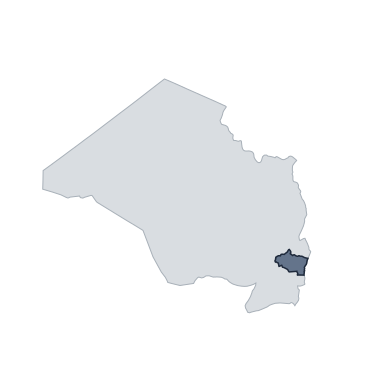 Chad, with Mandoul highlighted, rotated 296°
{"feature_id": "TCD-1488", "entity_name": "Mandoul", "entity_type": "Prefecture", "adm_level": 1, "iso_a3": "TCD", "parent_name": "Chad", "parent_adm1": "", "projection": "orthographic", "projection_center": [17.512, 8.727], "detail": "fine", "context": "in_parent", "style": "filled", "palette": "slate", "viewbox_px": 384, "rotation_deg": 296, "n_neighbors": 0, "source": "natural_earth", "source_scale": "10m", "svg_char_len": 5487}
<svg xmlns="http://www.w3.org/2000/svg" viewBox="0 0 384 384"><g transform="rotate(296 192 192)"><path d="M281.5,117.7L281.9,125.6L282.2,133.6L282.4,141.5L282.7,149.5L283.0,157.5L283.3,165.5L283.6,173.5L283.8,181.5L283.9,184.2L283.7,185.2L283.6,185.4L283.3,185.5L279.2,184.9L277.3,184.9L274.8,185.5L271.1,185.9L268.7,185.8L267.1,187.2L265.8,188.9L266.5,192.9L266.4,194.2L266.0,195.6L264.9,196.8L263.7,197.7L263.1,198.5L262.3,200.4L261.7,201.2L261.8,202.3L261.6,203.5L260.9,204.2L259.2,204.7L258.1,205.2L257.2,206.1L256.6,206.7L256.9,207.5L257.4,208.7L257.7,210.4L257.9,211.5L258.8,212.3L259.3,212.9L259.5,213.7L259.0,214.3L256.9,215.6L256.1,216.1L255.1,216.8L254.7,217.0L253.2,218.3L252.4,219.4L252.1,220.3L252.1,221.6L252.9,223.4L253.8,225.0L254.2,226.2L254.4,227.5L254.4,228.8L253.9,229.9L253.2,230.8L250.3,232.7L248.8,234.8L247.7,237.2L247.5,238.6L247.8,239.5L248.4,240.2L249.3,240.6L250.6,240.7L252.7,240.3L254.7,240.0L256.8,240.8L257.9,242.9L257.5,244.4L258.4,247.1L259.1,250.4L259.1,251.5L259.4,251.9L260.7,252.1L261.0,252.9L260.7,258.7L261.3,260.3L262.3,261.4L263.3,262.0L264.3,262.8L264.8,263.3L266.0,263.4L267.3,264.5L267.7,265.9L267.6,267.2L266.9,270.2L266.3,272.2L265.6,272.1L264.0,271.6L262.1,271.2L259.8,270.9L257.6,271.7L255.3,272.8L254.5,273.6L253.9,274.0L252.8,274.0L251.9,274.1L251.4,274.9L250.5,275.7L247.1,277.4L246.4,278.1L246.0,278.7L246.0,279.3L246.3,280.7L246.4,282.4L245.6,283.8L244.7,284.8L243.7,285.2L242.9,285.4L242.3,285.9L240.6,289.1L239.8,289.7L238.2,289.6L233.7,294.4L233.3,295.8L231.7,297.8L229.6,300.0L227.7,301.1L227.6,301.5L227.1,301.9L225.9,302.4L221.9,305.1L217.1,305.0L215.0,306.1L212.9,306.6L209.9,307.1L209.0,307.1L205.1,307.3L200.6,307.3L198.8,307.6L197.2,308.7L196.0,309.6L195.8,309.9L196.0,310.2L195.9,310.5L199.1,312.7L199.9,313.8L199.1,314.8L198.7,315.0L198.2,315.9L196.3,318.3L193.5,321.3L192.0,322.1L191.4,322.7L190.7,324.6L190.2,324.9L188.3,325.1L184.4,325.3L179.0,326.0L175.8,326.2L173.8,326.0L171.0,327.4L170.0,327.7L169.4,327.8L166.6,329.1L164.3,331.1L163.4,331.5L160.2,332.4L158.9,333.7L158.3,333.8L156.2,332.0L154.8,330.4L154.1,328.7L154.0,328.1L153.6,328.2L152.5,329.0L151.5,329.8L151.0,331.4L147.6,332.5L144.7,333.4L143.4,334.6L141.4,335.2L138.8,334.9L136.8,334.4L134.9,334.3L135.8,332.8L136.2,331.7L136.3,330.4L136.1,329.5L135.0,329.0L134.2,328.3L132.6,324.1L130.9,319.8L128.4,315.5L125.8,312.8L123.9,311.1L123.3,310.9L122.3,310.3L121.6,309.9L118.1,306.9L114.5,303.7L113.6,302.2L111.8,300.0L109.8,297.7L108.7,296.7L108.3,294.8L109.7,293.1L111.2,291.0L113.1,289.6L115.4,289.5L119.4,290.2L123.6,290.4L127.8,290.0L128.9,289.7L130.0,289.7L132.2,290.2L136.2,290.1L138.2,289.3L136.0,287.8L133.7,285.5L131.5,282.9L130.2,280.6L129.0,277.6L127.9,274.0L127.2,269.2L127.4,266.5L127.7,264.6L128.9,261.5L128.2,259.6L128.4,258.2L128.3,256.0L127.9,254.8L126.4,251.2L126.1,250.8L124.8,248.3L124.2,244.1L122.7,241.3L120.3,239.9L119.0,238.3L118.5,235.4L117.5,234.6L113.7,233.6L110.5,233.5L108.3,230.3L105.4,226.1L102.7,222.2L101.0,214.4L100.1,209.9L101.3,208.6L103.6,205.5L106.6,199.5L113.2,190.2L116.6,185.4L123.2,178.4L131.4,169.7L136.0,164.8L136.9,155.8L137.7,146.4L138.4,139.2L139.2,130.8L139.9,123.7L140.4,118.6L141.1,111.3L141.6,109.9L144.8,104.2L145.0,103.5L144.5,102.5L140.1,97.7L138.7,96.6L138.0,94.1L139.1,92.7L133.9,84.6L132.6,83.6L132.1,82.6L132.0,81.1L132.0,75.5L130.8,66.8L129.1,56.6L135.3,53.8L140.0,51.6L146.0,48.8L151.4,51.7L159.4,55.9L167.4,60.1L175.4,64.2L183.4,68.4L191.5,72.5L199.5,76.7L207.6,80.8L215.8,84.9L223.9,89.0L232.1,93.1L240.3,97.3L248.5,101.4L256.8,105.5L265.0,109.5L273.3,113.6L281.5,117.7Z" fill="#d9dde1" stroke="#a8b0b8" stroke-width="1"/><path d="M183.2,325.3L181.4,325.4L179.7,325.8L178.3,326.3L177.6,326.4L176.8,326.4L174.4,326.0L174.0,326.0L173.6,326.0L173.3,326.1L172.9,326.6L172.6,326.8L172.2,326.9L171.6,327.0L171.2,327.1L170.9,327.3L170.7,327.7L170.5,327.8L169.7,327.6L169.4,327.8L169.1,328.1L166.7,328.9L166.4,329.1L163.8,323.5L163.7,323.5L163.7,323.4L163.6,323.2L163.8,323.0L164.2,323.0L164.4,322.9L164.5,322.9L164.9,322.9L165.0,322.9L165.3,322.7L165.4,322.4L165.6,322.2L165.9,321.8L166.0,321.7L166.2,321.4L166.3,321.3L166.3,321.2L166.3,320.9L166.4,320.7L166.5,320.7L162.9,314.6L162.8,314.3L163.0,313.7L164.0,312.3L164.2,311.9L164.3,311.5L164.4,307.7L164.1,306.3L165.4,304.9L165.5,304.8L165.4,304.6L163.6,303.2L163.4,303.0L163.3,302.8L163.5,302.6L165.8,300.8L165.9,300.6L166.0,300.5L166.0,300.2L165.9,299.7L165.9,299.4L165.9,299.1L166.1,298.6L166.1,298.4L166.0,298.2L166.0,297.9L165.9,297.8L165.8,297.7L165.7,297.7L165.8,297.3L166.0,297.2L166.4,296.9L166.6,296.8L166.7,296.7L167.6,296.8L167.7,296.7L168.2,296.6L168.4,296.4L168.5,296.4L169.1,296.4L169.3,296.3L169.8,296.0L170.0,296.0L170.3,296.0L170.5,296.1L170.6,296.3L170.8,296.4L170.9,296.5L171.1,296.6L171.4,296.7L171.5,296.7L171.6,296.8L171.7,297.0L171.8,297.0L172.5,297.5L173.0,298.3L173.4,299.4L174.9,299.4L175.3,299.8L175.7,300.5L176.2,301.7L176.4,302.3L177.4,302.7L178.8,303.4L180.0,304.0L181.5,304.0L182.6,304.2L183.0,304.7L182.8,304.9L182.7,305.0L182.6,305.5L182.2,306.2L181.7,306.9L181.2,307.2L180.9,307.3L180.7,307.2L180.5,307.3L180.1,307.6L179.9,307.5L179.8,307.3L179.7,307.3L179.5,307.5L179.3,309.4L179.3,309.5L179.2,309.8L179.0,310.0L179.0,310.3L179.3,310.5L179.9,310.8L180.3,311.2L180.5,311.8L180.3,312.3L180.2,313.3L180.3,314.5L180.6,315.3L181.3,315.7L181.7,316.3L181.7,317.3L182.0,318.0L182.4,318.9L182.5,319.6L182.4,320.8L182.4,321.8L182.6,323.0L182.9,324.3L183.2,325.3Z" fill="#64748b" stroke="#1e293b" stroke-width="1.5"/></g></svg>